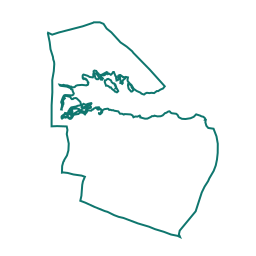 outline of Teluk Bintuni, Papua Barat, Indonesia, rotated 188°
{"feature_id": "22746128B11480476919105", "entity_name": "Teluk Bintuni", "entity_type": "district", "adm_level": 2, "iso_a3": "IDN", "parent_name": "Indonesia", "parent_adm1": "Papua Barat", "projection": "albers", "projection_center": [133.559, -2.087], "detail": "fine", "context": "isolated", "style": "outline", "palette": "teal", "viewbox_px": 256, "rotation_deg": 188, "n_neighbors": 0, "source": "geoboundaries", "source_scale": "gbopen_adm2", "svg_char_len": 6092}
<svg xmlns="http://www.w3.org/2000/svg" viewBox="0 0 256 256"><g transform="rotate(188 128 128)"><path d="M166.7,227.7L170.5,228.7L176.6,227.9L177.3,227.3L187.0,222.4L209.7,213.0L216.1,209.9L220.4,211.2L220.5,210.6L217.5,202.1L215.7,195.2L212.2,187.9L211.6,185.6L210.4,183.2L209.9,181.0L209.4,173.9L209.7,165.0L207.9,152.9L206.8,139.9L203.9,119.0L198.4,120.0L188.9,121.0L187.7,117.6L187.8,113.5L184.5,104.3L183.9,97.5L184.6,92.3L186.7,87.5L186.7,86.6L187.1,86.2L187.4,85.0L187.9,81.2L187.2,74.6L185.9,75.0L181.5,75.1L175.6,74.4L167.3,74.4L163.9,73.7L165.2,68.8L165.4,65.3L164.7,54.4L165.1,49.3L159.8,48.1L150.2,45.2L139.4,42.5L136.6,42.1L129.7,39.8L124.8,38.7L120.1,38.3L104.9,34.9L93.5,33.2L87.2,31.6L78.1,30.2L70.6,28.5L63.8,28.1L61.3,27.3L62.8,29.8L62.5,33.6L49.4,54.9L46.0,74.4L44.0,80.6L41.3,86.5L40.4,89.6L37.2,97.4L35.9,103.1L35.5,109.1L35.7,115.8L36.9,124.9L39.2,132.0L43.2,139.2L48.5,139.2L50.7,141.1L52.2,144.5L52.1,146.8L53.0,146.8L52.7,147.7L53.4,148.6L55.0,149.6L57.0,149.8L58.3,150.3L62.4,151.0L64.5,148.2L67.4,146.4L72.3,144.9L75.9,144.6L79.2,145.7L80.8,147.9L82.3,148.8L86.6,148.7L88.0,149.2L88.6,150.0L89.5,150.3L90.9,149.6L92.0,148.5L93.4,147.9L95.4,145.3L97.3,144.2L100.4,143.6L103.6,143.9L104.0,143.4L106.1,143.0L106.8,142.2L110.1,140.0L112.5,139.6L117.3,140.2L117.2,140.9L118.1,141.9L120.2,140.6L122.4,140.4L124.1,139.4L125.2,141.0L127.2,141.8L132.4,141.4L133.6,141.2L134.0,140.7L136.0,141.3L137.9,141.0L139.9,143.1L144.0,143.2L145.2,143.6L146.3,143.3L148.0,143.6L149.2,143.3L150.1,144.2L150.8,144.3L153.9,143.4L155.2,142.5L155.9,141.5L155.7,140.4L156.2,139.2L157.4,137.8L158.2,137.7L158.8,138.3L158.8,138.6L157.8,138.5L156.9,139.7L156.8,141.5L157.3,142.7L158.0,143.2L159.6,142.1L160.7,142.1L162.3,143.8L164.4,142.6L165.2,141.5L165.8,141.4L166.9,140.0L170.1,140.0L171.4,137.3L172.6,136.4L172.7,136.2L172.2,136.1L172.5,135.5L173.9,136.4L175.4,136.9L177.1,136.7L178.2,136.1L179.0,135.0L182.9,133.8L183.7,133.3L184.8,130.6L185.5,129.5L186.2,129.1L186.8,128.9L188.0,129.3L189.5,130.4L191.6,129.5L193.0,129.8L194.4,128.3L195.1,128.6L195.4,129.7L195.2,130.6L192.5,133.3L192.4,134.1L190.4,134.1L189.6,134.7L189.1,136.9L188.7,137.2L188.3,138.6L187.0,140.5L181.8,142.3L181.4,142.8L178.3,143.9L177.7,144.6L178.9,147.3L183.1,150.3L184.0,150.4L186.0,149.8L186.6,149.0L187.7,148.8L188.7,149.6L189.4,150.7L194.5,151.3L195.0,150.5L195.3,148.7L194.8,148.4L195.8,147.2L196.1,145.8L195.9,144.2L194.8,144.5L195.8,143.8L195.3,142.7L195.9,141.3L195.7,140.9L196.4,138.0L196.2,137.1L196.8,137.1L196.5,139.9L196.6,142.2L197.8,144.4L197.3,145.3L197.5,145.9L196.8,149.0L196.0,151.2L194.9,151.9L188.0,152.5L186.8,153.4L186.5,154.7L187.8,156.6L188.3,158.1L189.7,158.5L189.7,159.1L190.5,159.5L194.5,160.5L200.3,160.4L201.4,160.7L201.8,161.3L199.4,161.1L197.8,161.8L196.5,161.5L193.8,161.7L191.1,161.0L189.9,161.1L189.3,160.7L188.4,160.5L186.5,161.1L185.5,162.5L184.0,163.3L179.6,164.3L175.2,164.4L174.7,164.9L174.1,164.9L173.6,165.5L173.6,167.0L174.7,166.6L173.7,167.4L174.0,168.0L175.7,170.1L176.0,170.3L177.0,169.5L176.3,170.3L176.9,170.9L177.6,170.9L177.9,170.6L178.3,171.0L178.7,170.9L179.1,170.4L179.6,170.9L179.9,171.4L179.7,171.9L180.2,173.0L180.1,174.0L179.6,174.7L179.1,174.7L175.2,174.1L173.1,173.2L169.9,173.2L169.5,174.3L169.9,176.6L169.6,177.8L170.0,179.4L169.3,180.2L167.4,180.1L165.8,178.3L164.8,177.8L164.4,177.0L163.0,176.6L161.5,177.0L156.9,180.4L156.0,180.1L155.3,178.6L154.3,179.2L152.4,178.3L151.3,179.7L150.5,181.4L149.8,181.5L147.6,177.6L146.8,177.3L146.8,176.5L146.3,176.5L146.7,175.7L146.2,174.2L145.5,174.4L145.6,173.6L144.9,173.9L144.1,174.8L144.2,176.7L144.8,178.5L143.9,179.2L142.9,179.4L140.1,177.9L138.2,177.8L140.0,177.6L142.1,178.8L142.8,178.8L143.0,176.7L141.7,173.2L139.8,173.6L139.5,174.8L137.7,176.8L137.8,178.0L137.4,178.3L135.1,178.1L135.2,175.4L134.8,174.4L132.1,172.0L130.7,171.2L127.8,167.6L124.6,165.9L120.5,164.7L119.5,163.9L117.2,163.4L116.5,163.5L115.7,164.6L114.2,165.5L111.7,165.5L109.8,166.1L107.0,166.2L104.6,168.6L103.3,168.7L101.3,170.5L98.8,172.0L97.4,174.4L114.3,188.6L133.1,203.1L134.6,204.6L140.6,208.4L147.3,211.7L157.8,220.4L163.0,223.5L166.7,227.7ZM146.5,162.8L145.4,161.8L145.6,162.2L145.3,162.3L144.5,161.8L143.7,161.9L142.8,163.2L144.5,165.5L145.1,165.7L145.9,165.5L145.3,166.8L146.7,169.4L147.1,169.6L147.2,169.0L148.0,170.2L149.1,170.2L150.6,171.2L151.5,172.8L154.3,173.9L155.3,173.6L157.1,171.6L157.5,171.7L157.5,170.4L155.6,166.8L154.7,167.1L153.0,166.6L151.6,165.6L150.7,165.9L149.4,164.5L146.5,162.8ZM181.2,140.2L185.7,139.3L186.1,138.3L185.4,136.8L185.4,136.0L187.5,135.4L187.8,134.9L185.1,134.4L184.2,134.5L182.9,135.2L179.4,138.1L178.9,138.8L178.9,139.8L181.2,140.2ZM175.6,138.4L172.8,137.7L172.4,138.3L172.2,140.1L171.6,141.0L170.0,142.2L167.9,142.7L167.6,142.9L167.6,143.7L169.0,144.7L169.6,144.8L174.3,141.3L175.7,141.0L177.7,138.2L175.6,138.4ZM129.9,164.5L129.0,164.8L128.6,165.3L128.0,166.3L128.2,166.9L130.1,168.8L130.4,170.1L133.9,172.5L134.0,170.3L132.9,167.1L129.9,164.5ZM176.0,145.2L176.9,142.6L176.9,142.2L175.9,141.9L172.6,143.5L169.4,145.9L168.0,146.2L167.6,147.1L167.8,147.5L168.4,147.4L171.1,146.3L172.7,145.3L174.1,145.3L175.3,145.8L176.0,145.2ZM168.1,177.6L168.5,177.1L168.5,176.1L167.2,172.9L165.9,172.0L164.5,172.1L164.0,172.7L163.9,173.9L164.3,174.8L166.9,177.5L168.1,177.6ZM188.6,133.9L189.3,133.1L189.3,130.8L186.5,129.5L185.9,130.4L185.6,132.7L188.6,133.9ZM190.0,133.1L192.4,132.8L193.9,131.4L193.8,131.0L192.4,130.2L190.0,130.7L189.7,131.9L190.0,133.1ZM161.7,172.2L160.3,172.2L159.7,173.5L162.4,175.6L162.6,174.6L162.0,172.7L161.7,172.2ZM160.1,177.7L160.3,176.9L158.7,177.0L156.7,178.8L156.4,179.9L157.0,179.9L158.0,179.1L158.1,178.1L158.6,177.7L158.4,178.7L159.1,178.3L159.1,177.7L160.1,177.7ZM140.8,171.3L139.9,170.9L139.4,171.8L140.1,173.2L141.9,172.5L141.8,171.5L140.8,171.6L140.8,171.3ZM161.8,144.0L160.2,142.5L159.7,142.7L159.3,143.9L159.7,144.5L161.8,144.0ZM188.1,136.0L186.0,136.1L185.6,136.4L185.7,136.7L186.5,137.4L186.6,138.0L187.8,136.8L188.1,136.0ZM194.4,130.9L194.8,130.3L194.6,128.8L193.6,129.7L194.2,130.3L194.0,130.9L194.4,130.9Z" fill="none" stroke="#0f766e" stroke-width="2"/></g></svg>